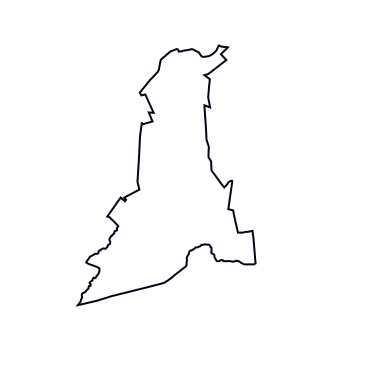 the district of Saboti, Rift Valley, Kenya, rotated 292°
{"feature_id": "3690345B89105260268555", "entity_name": "Saboti", "entity_type": "district", "adm_level": 2, "iso_a3": "KEN", "parent_name": "Kenya", "parent_adm1": "Rift Valley", "projection": "orthographic", "projection_center": [34.819, 0.95], "detail": "fine", "context": "isolated", "style": "outline", "palette": "ink", "viewbox_px": 384, "rotation_deg": 292, "n_neighbors": 0, "source": "geoboundaries", "source_scale": "gbopen_adm2", "svg_char_len": 4890}
<svg xmlns="http://www.w3.org/2000/svg" viewBox="0 0 384 384"><g transform="rotate(292 192 192)"><path d="M44.4,128.6L46.0,131.0L47.8,133.6L49.3,135.7L52.7,140.5L54.7,143.4L56.1,145.3L65.9,157.2L67.7,159.8L70.5,163.6L75.3,170.3L80.0,176.7L85.5,184.3L95.6,198.0L97.2,200.0L97.7,200.5L100.8,202.7L104.1,204.8L106.2,205.9L107.8,206.7L109.1,207.4L110.9,208.5L111.5,208.8L112.4,209.4L114.0,210.3L115.3,211.0L118.0,212.6L120.4,214.0L121.9,214.4L123.1,214.0L123.8,213.8L124.4,213.4L125.0,213.4L126.0,213.1L127.0,212.8L127.9,212.3L128.6,211.9L129.7,211.7L130.9,211.8L131.6,212.0L132.5,212.2L133.4,212.2L134.4,212.0L135.2,211.9L136.1,212.0L136.7,212.3L137.3,212.7L137.8,213.6L138.7,214.1L139.4,214.8L140.3,215.5L141.7,215.9L142.2,216.3L142.3,217.0L142.6,217.7L143.2,218.3L143.9,218.8L144.4,219.5L145.0,220.1L145.9,220.3L146.6,220.6L146.7,221.3L146.9,221.9L147.4,222.3L147.9,222.8L148.3,223.5L148.6,224.3L148.6,225.2L149.0,226.1L149.4,227.0L149.3,227.7L149.2,228.4L148.7,229.0L148.1,229.5L148.0,230.2L147.6,230.9L146.8,231.2L146.2,231.5L145.3,231.9L144.3,232.4L143.4,232.2L142.8,233.0L142.4,233.9L142.4,234.7L142.4,235.4L142.2,236.1L141.6,236.4L140.8,236.8L140.1,237.3L139.6,237.8L139.1,238.5L138.5,239.2L137.8,239.9L137.4,240.8L137.3,241.5L137.7,242.3L138.0,243.0L138.5,243.5L139.1,244.0L139.7,244.3L140.2,245.0L140.3,246.1L139.7,247.0L140.1,247.8L140.4,249.2L141.0,250.0L141.2,251.0L141.7,252.0L142.0,252.6L142.2,253.4L142.4,254.3L142.6,255.4L142.7,256.3L143.4,256.9L143.8,257.6L144.4,258.2L144.9,258.9L145.0,259.7L145.1,260.5L145.4,261.2L145.3,262.1L145.0,262.9L144.7,263.8L144.7,265.3L144.5,266.7L144.6,267.9L144.8,268.7L145.2,269.3L145.5,270.1L145.7,271.0L146.3,271.8L146.6,272.7L146.9,273.4L147.1,274.1L147.4,275.2L147.9,275.9L148.1,276.6L149.0,277.1L149.6,277.7L154.9,275.0L171.9,266.4L178.6,262.7L178.1,261.9L177.7,261.2L177.2,260.3L176.8,259.9L176.3,259.3L175.9,258.6L175.6,257.8L175.3,257.1L174.8,256.2L174.0,255.2L173.3,254.4L173.1,253.5L172.7,252.6L172.1,251.1L171.5,249.9L185.1,240.4L190.4,237.0L189.7,232.1L193.4,231.2L215.6,225.7L217.4,225.0L216.6,223.5L215.6,222.8L214.9,222.3L214.1,222.0L213.0,221.9L212.1,221.7L211.0,221.3L210.2,221.0L209.5,220.7L209.0,220.2L208.3,220.1L210.7,215.9L214.8,209.4L218.7,202.9L219.3,202.0L223.7,200.0L225.5,199.1L227.6,198.2L229.7,195.2L230.3,194.4L230.9,194.1L232.3,193.5L238.4,191.3L240.1,190.7L240.8,190.2L244.2,187.3L244.9,186.7L246.4,185.6L253.5,182.4L262.9,177.9L272.0,173.4L277.0,171.1L277.2,177.1L285.9,171.5L295.9,168.4L303.3,166.3L303.5,165.4L305.0,159.8L307.4,162.8L311.4,165.2L327.2,174.4L330.6,167.2L331.4,167.5L339.6,171.1L339.2,169.1L338.4,167.5L338.3,166.5L338.1,165.6L337.8,164.8L337.8,163.3L337.9,161.9L337.0,161.8L336.1,161.8L332.7,161.7L331.7,161.4L331.0,161.1L327.7,159.5L327.1,159.1L325.2,157.5L324.4,156.9L324.0,156.3L322.2,153.2L321.4,151.6L321.3,150.7L321.5,149.9L322.0,148.9L323.5,146.8L323.9,146.2L324.0,145.5L324.3,141.8L324.6,138.7L324.0,137.7L321.8,134.6L319.8,131.1L318.6,129.8L317.3,127.2L317.8,126.7L318.5,126.1L318.9,125.4L318.8,124.3L318.2,123.5L317.0,122.4L314.8,120.0L314.0,119.2L313.1,118.8L311.5,117.9L303.2,113.7L302.2,113.6L298.7,114.3L294.6,115.1L293.3,115.4L292.5,115.4L290.5,115.3L285.7,113.4L281.9,111.9L280.5,111.3L277.1,110.2L271.4,108.5L265.5,106.6L264.6,106.3L262.6,108.8L264.9,112.2L256.2,121.3L251.0,126.8L249.6,122.1L242.6,129.0L241.4,127.4L237.8,122.8L236.2,120.9L237.7,119.5L224.0,123.0L208.0,128.6L206.3,129.2L189.0,135.0L181.1,137.6L174.5,142.3L161.4,131.3L160.1,133.8L158.3,133.3L160.1,128.0L156.2,127.0L137.5,122.7L137.8,124.6L136.7,127.3L135.0,131.7L132.7,136.5L131.6,136.4L130.6,136.0L129.7,136.1L129.0,136.5L128.2,136.7L127.6,136.0L127.1,135.3L126.2,135.0L125.3,135.2L124.4,135.4L123.6,134.9L122.4,134.3L121.3,134.1L120.7,133.4L119.9,133.4L119.0,133.4L118.0,133.0L117.1,133.2L116.3,133.7L115.0,135.0L113.7,135.4L113.0,135.4L112.4,134.8L111.7,134.2L110.8,134.0L110.1,134.1L109.2,134.1L108.5,133.7L107.8,133.4L106.9,133.1L106.6,131.7L106.5,131.1L106.2,130.5L105.4,129.8L104.3,129.2L103.6,128.8L103.0,128.1L102.4,127.7L100.8,128.0L100.1,128.0L99.4,127.5L99.0,126.8L98.1,124.9L97.3,124.7L96.8,124.2L96.2,123.6L95.4,123.1L94.6,122.2L93.8,121.8L92.9,121.4L91.9,121.2L90.7,121.1L89.8,120.7L88.8,120.4L87.9,120.5L87.0,120.4L86.6,123.1L86.9,130.3L86.7,134.6L86.0,135.0L85.0,135.4L84.0,135.8L82.8,135.9L81.7,135.9L80.9,135.9L80.1,135.6L79.4,135.4L78.5,135.1L77.7,135.0L76.7,134.9L76.0,134.6L75.6,133.9L75.6,132.8L74.5,132.5L73.3,132.9L72.5,132.7L71.9,132.3L71.2,131.7L70.5,131.2L69.8,131.0L69.2,131.2L68.8,131.8L68.4,132.7L67.7,133.0L67.1,133.0L66.5,132.5L66.3,131.8L65.5,131.7L64.5,131.9L63.4,132.2L62.6,131.6L61.8,131.3L61.1,131.0L60.4,130.9L59.7,130.6L59.0,130.3L58.4,129.8L58.0,129.3L56.9,128.3L55.9,128.4L55.0,128.5L54.1,129.0L53.1,129.5L51.9,129.7L50.7,129.4L49.7,129.7L48.7,129.7L47.9,129.6L47.2,129.4L46.5,129.2L45.7,129.0L44.4,128.6Z" fill="none" stroke="#020617" stroke-width="2"/></g></svg>